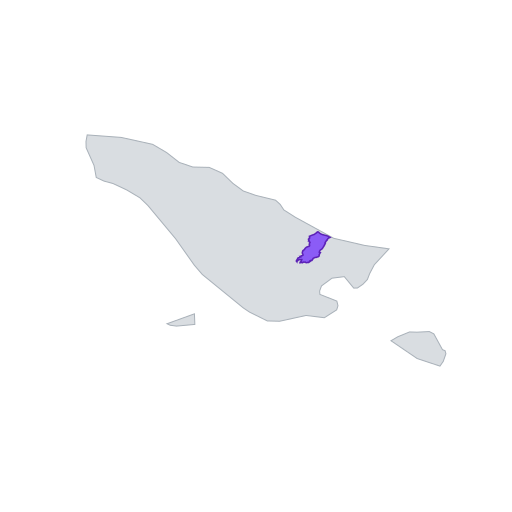 Zumalai, Cova Lima, East Timor shown in context, rotated 234°
{"feature_id": "22284137B47375840688188", "entity_name": "Zumalai", "entity_type": "district", "adm_level": 2, "iso_a3": "TLS", "parent_name": "East Timor", "parent_adm1": "Cova Lima", "projection": "equal_earth", "projection_center": [125.45, -9.134], "detail": "fine", "context": "in_parent", "style": "filled", "palette": "violet", "viewbox_px": 512, "rotation_deg": 234, "n_neighbors": 0, "source": "geoboundaries", "source_scale": "gbopen_adm2", "svg_char_len": 5325}
<svg xmlns="http://www.w3.org/2000/svg" viewBox="0 0 512 512"><g transform="rotate(234 256 256)"><path d="M183.6,367.8L179.4,346.6L174.9,337.5L171.5,332.3L170.3,325.9L170.5,319.2L172.6,316.2L187.4,315.3L193.4,304.4L193.3,291.4L190.3,286.9L187.4,285.1L172.0,294.9L167.6,293.1L165.0,289.6L165.9,275.0L178.5,261.5L189.3,236.8L196.8,227.0L214.4,217.8L221.5,215.2L272.6,201.7L284.8,200.7L317.2,201.1L360.6,198.2L371.3,196.3L385.3,190.3L398.7,182.9L405.9,177.1L413.4,172.9L424.5,178.2L443.4,182.2L448.5,185.7L453.2,190.6L431.2,216.6L407.1,238.0L392.2,244.5L376.8,248.9L365.1,257.2L355.2,270.2L342.6,277.5L328.3,280.0L316.1,283.9L305.1,291.5L289.7,304.6L283.5,305.9L276.9,305.6L264.2,310.6L224.6,329.3L200.7,350.1L183.6,367.8ZM58.8,340.1L78.3,326.1L108.1,315.4L107.3,323.3L104.3,335.6L99.8,341.4L93.0,351.8L88.5,354.1L70.6,351.8L68.3,353.3L65.3,352.2L60.7,345.6L58.8,340.1ZM253.5,144.2L245.4,172.2L236.6,166.3L246.0,150.5L250.4,145.9L253.5,144.2Z" fill="#d9dde1" stroke="#a8b0b8" stroke-width="1"/><path d="M227.3,285.7L227.4,285.8L227.5,285.9L227.5,286.0L227.6,286.3L227.6,286.6L227.7,287.4L227.8,287.9L227.8,288.3L227.7,288.6L227.5,288.9L227.0,289.6L226.9,289.8L226.6,290.3L226.5,290.6L226.4,290.7L226.3,290.9L226.2,291.0L226.1,290.9L226.0,290.6L225.8,290.2L225.6,290.0L225.3,289.7L225.2,289.4L225.2,289.2L225.1,288.7L225.1,288.3L225.1,288.2L224.8,287.8L224.8,287.7L224.7,287.6L224.1,288.5L224.0,288.8L223.8,289.3L223.7,289.5L223.3,289.8L223.2,289.8L223.2,290.0L223.2,290.5L223.1,291.0L222.7,291.3L222.1,292.3L221.3,292.5L221.1,292.6L221.0,292.8L220.7,293.3L220.5,293.7L220.5,293.9L220.4,294.0L220.2,294.4L220.2,294.5L219.8,294.7L219.8,294.9L219.8,295.1L219.9,295.4L219.8,295.5L220.0,295.9L220.1,296.1L220.3,296.4L220.4,296.5L220.3,296.8L220.3,297.1L220.3,297.3L220.1,297.7L220.1,297.8L219.9,297.8L219.8,297.7L219.8,297.8L219.8,298.0L219.7,298.2L219.6,298.4L219.5,298.6L219.6,298.9L219.8,299.1L219.8,299.4L219.9,299.6L220.0,299.9L220.0,300.1L220.3,300.3L220.4,300.5L220.5,300.8L220.5,301.1L220.4,301.3L220.4,301.5L220.3,301.8L220.2,302.1L220.2,302.3L220.2,302.6L220.1,303.0L219.9,303.2L219.7,303.6L219.5,303.8L219.3,304.5L219.3,305.0L219.2,305.1L219.0,305.3L218.9,305.6L218.8,306.0L218.8,306.4L218.8,306.8L219.1,307.3L219.3,307.4L219.5,307.5L219.8,307.7L219.8,307.9L220.0,308.1L220.1,308.3L220.4,308.9L220.5,309.1L220.6,309.3L220.8,309.3L220.9,309.8L221.0,309.9L221.0,310.0L221.2,309.9L221.5,309.7L221.9,309.4L222.0,309.5L222.2,309.9L222.4,310.1L222.5,310.2L222.6,310.3L222.8,311.0L223.0,311.4L223.0,312.0L223.0,312.4L222.9,312.6L222.9,313.0L222.9,313.3L223.0,313.5L223.0,313.9L223.2,314.2L223.2,314.4L223.2,314.6L223.4,315.0L223.5,315.2L223.6,315.4L223.7,315.6L223.8,316.1L223.9,316.3L224.1,316.6L224.1,316.9L224.4,317.3L224.6,317.5L224.6,317.9L224.7,318.2L224.8,318.3L225.0,318.4L225.0,318.5L225.2,319.0L225.3,319.2L225.3,319.3L225.6,319.3L225.8,319.5L226.0,319.5L226.2,320.1L226.4,320.2L226.5,320.4L226.5,320.7L226.5,320.8L226.8,321.2L226.9,321.3L226.8,321.7L226.8,321.9L227.0,322.2L227.1,322.3L227.2,322.5L227.0,322.8L227.1,323.1L227.2,323.3L227.4,323.4L227.4,323.5L227.5,323.8L227.6,324.0L227.8,324.3L227.9,325.2L227.8,325.3L227.5,326.9L228.8,326.3L229.5,326.0L230.0,325.7L230.3,325.5L230.4,325.4L230.5,325.4L230.9,325.1L231.3,324.8L232.1,324.1L232.3,323.9L232.7,323.6L233.6,322.9L234.3,322.3L234.9,321.9L235.8,321.4L236.7,321.0L237.1,320.9L237.5,320.8L237.8,320.8L237.9,320.7L238.3,320.7L238.5,320.7L238.8,320.6L239.1,320.2L239.3,320.0L239.4,319.9L239.2,319.7L239.3,319.3L239.3,319.2L239.2,319.2L239.2,318.6L239.1,318.2L239.3,317.7L239.3,317.2L239.2,316.5L239.2,316.0L239.2,315.7L239.4,315.2L239.6,314.9L239.6,314.7L239.7,314.3L239.8,313.8L240.1,313.0L240.3,311.7L240.4,311.4L240.6,310.8L239.7,310.3L239.5,310.1L239.4,310.1L239.2,310.1L239.1,309.8L238.9,309.8L238.8,309.7L238.7,309.2L238.8,309.1L238.7,308.9L238.8,308.8L238.7,308.6L238.8,308.4L238.6,308.2L238.4,308.1L238.1,308.1L237.9,308.0L237.8,307.9L237.7,307.8L237.7,308.0L237.5,307.9L237.3,308.0L237.0,307.9L236.9,307.9L236.6,307.7L236.4,307.5L236.2,307.5L235.5,307.8L235.4,307.8L235.3,307.7L235.2,307.7L235.1,307.4L235.3,307.2L235.2,307.1L235.1,306.9L234.9,306.7L234.7,306.7L234.4,306.5L234.3,306.4L234.2,306.2L234.1,305.9L233.8,305.8L233.7,305.9L233.3,305.6L233.2,305.6L232.9,305.5L232.8,305.3L232.7,305.2L232.7,304.6L232.7,304.4L233.0,303.9L233.1,303.4L233.2,302.9L233.3,302.7L233.3,302.4L233.5,302.1L233.5,301.8L233.4,301.3L233.4,301.1L233.3,300.4L233.3,300.1L233.1,299.9L233.0,299.5L232.9,299.4L232.8,298.9L232.7,298.7L232.8,298.2L232.8,297.9L232.8,297.5L232.8,297.3L232.7,296.9L232.6,296.7L232.4,296.5L232.3,296.4L232.1,296.4L231.9,295.8L231.5,295.4L231.3,295.2L230.3,295.0L230.0,295.0L229.9,295.0L229.7,294.9L229.3,294.7L229.2,294.6L229.0,294.4L229.1,293.9L229.2,293.6L229.2,293.4L229.2,293.2L229.3,293.1L229.5,292.9L229.6,292.6L229.4,292.4L229.3,292.2L229.4,291.9L229.5,291.7L229.4,291.5L229.5,291.4L229.4,291.4L229.5,291.3L229.6,291.2L229.4,291.1L229.2,291.0L229.2,290.9L229.1,290.6L229.2,290.4L229.3,290.1L229.3,289.8L229.4,289.6L229.5,289.5L229.6,289.4L229.7,289.2L229.6,288.9L229.7,288.6L229.5,288.4L229.5,288.2L229.2,287.9L229.2,287.7L228.9,287.5L228.9,287.3L228.9,287.1L228.9,286.9L228.8,286.6L228.7,286.4L228.6,286.1L228.4,285.9L228.3,285.7L228.2,285.6L227.8,285.7L227.7,285.7L227.3,285.7Z" fill="#8b5cf6" stroke="#5b21b6" stroke-width="1.5"/></g></svg>